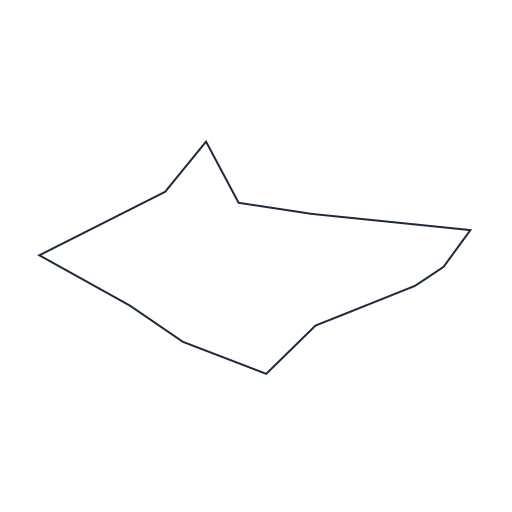 the border of Stopinu, rotated 175°
{"feature_id": "LVA-5780", "entity_name": "Stopinu", "entity_type": "Municipality", "adm_level": 1, "iso_a3": "LVA", "parent_name": "Latvia", "parent_adm1": "", "projection": "natural_earth1", "projection_center": [24.31, 56.933], "detail": "fine", "context": "isolated", "style": "outline", "palette": "slate", "viewbox_px": 512, "rotation_deg": 175, "n_neighbors": 0, "source": "natural_earth", "source_scale": "10m", "svg_char_len": 319}
<svg xmlns="http://www.w3.org/2000/svg" viewBox="0 0 512 512"><g transform="rotate(175 256 256)"><path d="M40.2,263.1L70.1,228.8L100.2,212.4L202.8,181.5L256.1,137.7L336.4,176.9L386.0,217.6L471.8,275.6L340.9,327.9L295.8,374.3L268.7,310.5L196.5,293.0L40.2,263.1Z" fill="none" stroke="#1e293b" stroke-width="2"/></g></svg>